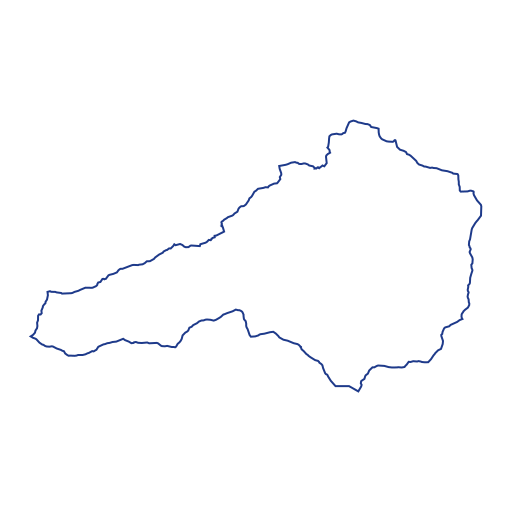 Poiana Teiului, Neamt, Romania (Robinson projection)
{"feature_id": "2599482B87043149712701", "entity_name": "Poiana Teiului", "entity_type": "district", "adm_level": 2, "iso_a3": "ROU", "parent_name": "Romania", "parent_adm1": "Neamt", "projection": "robinson", "projection_center": [25.888, 47.126], "detail": "fine", "context": "isolated", "style": "outline", "palette": "blue", "viewbox_px": 512, "rotation_deg": 0, "n_neighbors": 0, "source": "geoboundaries", "source_scale": "gbopen_adm2", "svg_char_len": 6041}
<svg xmlns="http://www.w3.org/2000/svg" viewBox="0 0 512 512"><path d="M358.3,391.4L361.0,386.8L361.4,385.8L361.6,384.8L360.8,383.4L361.1,381.4L361.4,380.9L364.4,378.9L365.2,376.2L365.7,375.3L367.9,373.6L369.2,370.5L372.5,367.3L374.4,367.3L376.7,366.0L378.1,365.5L384.3,365.9L388.7,367.1L392.1,367.5L397.2,367.4L398.1,367.2L401.7,367.5L404.5,367.0L405.6,365.6L406.6,364.7L408.7,361.8L410.5,362.0L413.2,361.2L417.1,361.5L418.5,361.1L420.6,361.5L421.9,362.0L425.0,362.3L428.2,362.2L431.0,359.2L433.5,355.4L434.8,353.9L435.2,353.2L438.1,350.3L441.0,348.9L442.7,344.0L443.0,341.0L441.3,335.9L441.3,334.8L442.2,334.0L442.6,331.8L444.1,328.4L445.2,327.4L449.2,326.3L450.6,324.9L457.2,321.9L459.6,320.1L462.4,319.0L461.9,318.2L461.5,316.7L461.6,314.6L462.0,313.6L463.1,312.1L463.4,311.4L465.0,309.8L467.9,307.6L469.2,305.1L469.3,303.5L468.8,302.2L468.6,299.3L467.9,297.9L467.6,296.6L468.0,294.3L468.6,292.7L468.6,292.2L467.9,291.0L467.7,289.9L468.3,286.8L468.1,285.4L469.4,284.1L469.9,283.0L470.2,277.8L471.3,273.9L472.4,270.6L472.3,269.6L471.6,268.0L471.3,264.8L472.4,263.3L472.7,259.3L472.3,257.4L470.0,253.3L469.6,252.0L470.7,249.2L470.5,248.4L469.7,247.4L469.5,246.2L468.9,245.0L469.2,241.3L470.0,239.5L471.7,229.6L472.2,228.1L475.3,223.0L476.8,221.1L477.5,220.4L481.0,215.7L481.3,206.3L480.9,204.8L477.0,200.4L474.0,195.2L473.5,193.5L473.7,191.9L473.4,191.4L471.1,190.7L469.9,190.7L467.6,191.4L460.7,191.6L459.8,190.5L459.7,186.9L458.8,184.4L458.8,181.8L458.4,179.2L458.3,175.6L457.8,174.3L457.3,174.0L453.2,173.6L452.3,172.8L447.5,171.2L441.9,170.3L436.6,168.2L433.6,168.0L432.1,167.6L430.1,167.9L425.7,166.6L424.1,166.5L422.5,165.6L419.0,164.5L417.3,162.9L416.2,160.9L410.6,155.7L409.0,154.7L407.0,154.1L406.2,152.4L405.9,152.0L403.6,150.8L400.0,149.7L397.1,146.9L395.5,140.4L395.3,140.2L394.6,140.2L393.6,141.4L392.8,141.8L388.7,141.6L386.6,141.3L382.2,139.3L381.2,138.5L379.7,136.4L379.1,134.7L378.7,132.4L378.6,128.7L376.9,128.1L371.2,127.0L369.8,125.0L367.5,124.1L365.4,124.0L361.2,122.9L358.2,122.4L356.0,121.3L353.4,120.6L350.6,121.5L349.1,122.4L346.5,128.3L345.6,131.5L344.9,132.8L343.3,133.1L342.1,134.1L341.3,134.4L339.0,134.3L336.7,133.7L332.0,134.4L330.8,135.0L329.4,136.3L329.1,138.4L328.8,142.7L328.1,146.8L327.4,147.6L329.2,149.6L329.5,150.1L329.7,151.8L330.1,152.7L327.7,154.1L326.3,155.5L326.0,156.8L326.7,163.1L324.3,166.3L322.5,165.5L322.2,165.8L319.6,167.8L318.7,167.5L318.7,168.0L317.4,167.5L316.3,168.5L315.4,168.2L315.0,168.6L314.5,168.6L314.6,167.9L313.0,166.3L309.2,165.5L307.8,164.4L305.3,163.5L303.9,163.4L301.5,164.0L299.9,164.0L298.9,163.8L297.7,162.8L296.5,162.7L295.0,162.1L291.1,162.7L287.7,164.2L285.7,164.8L279.2,166.0L279.7,168.9L281.2,173.1L281.3,174.8L279.8,177.1L280.3,179.1L277.6,182.7L277.0,183.3L274.1,183.6L269.8,185.5L268.7,186.3L268.0,187.4L265.5,187.2L263.4,187.9L258.0,188.8L255.9,190.8L254.4,191.7L252.1,195.8L251.2,197.0L249.4,198.4L248.7,200.4L245.9,204.5L244.1,205.9L243.1,206.2L241.5,206.2L240.7,206.5L239.3,207.7L238.5,208.8L237.4,211.7L234.5,213.5L233.2,215.0L232.3,215.6L227.9,217.2L226.7,218.2L224.1,219.7L223.2,220.7L221.7,221.7L221.5,222.0L221.4,222.6L221.9,223.9L221.6,224.7L222.2,225.5L222.2,225.8L221.6,226.1L222.8,227.1L224.1,231.6L216.4,235.5L214.6,235.8L214.7,237.3L212.6,237.9L212.1,238.6L211.5,238.7L211.1,239.8L210.7,240.2L208.8,239.9L207.0,241.8L205.6,242.7L200.4,244.2L199.8,246.1L191.4,245.5L190.4,245.7L188.5,247.1L185.8,247.2L184.3,246.7L182.4,245.0L180.1,244.0L175.6,245.2L174.3,244.3L173.3,245.9L170.7,248.5L169.1,248.4L167.0,250.0L166.2,250.1L163.6,251.5L162.8,252.7L159.2,254.5L155.1,257.5L154.0,258.9L149.9,261.2L146.8,261.3L144.8,263.1L142.6,264.3L139.1,264.7L138.1,265.1L133.8,264.9L132.2,265.1L122.5,268.8L120.6,268.8L119.9,269.1L118.5,270.2L116.9,272.4L113.3,273.9L109.6,274.8L108.5,275.3L105.8,278.9L104.7,279.0L104.3,279.3L103.3,278.8L102.4,279.0L100.4,282.0L98.2,282.5L97.4,283.9L97.3,284.8L96.6,285.7L95.6,286.4L94.3,286.9L93.4,287.4L92.1,287.8L85.4,287.7L80.1,289.9L78.4,290.8L74.5,291.9L72.5,292.9L71.2,293.2L62.0,293.6L61.2,293.0L56.6,292.4L55.3,291.9L51.2,291.8L50.0,291.2L47.5,291.9L47.9,295.2L47.0,299.6L45.6,301.7L45.4,303.3L44.1,304.5L42.9,306.2L42.8,307.3L41.4,310.7L41.7,313.2L40.6,314.5L39.0,314.4L38.1,315.8L38.0,320.3L37.1,322.7L37.4,326.0L37.0,328.3L35.5,330.5L35.0,332.6L34.8,332.9L33.0,334.9L30.7,336.4L33.0,337.8L35.0,338.5L36.3,339.2L39.4,342.6L42.3,344.6L43.4,344.8L45.1,346.0L46.7,346.5L49.5,346.7L51.7,346.3L52.9,346.5L56.7,348.5L60.9,349.9L62.4,350.8L63.9,351.2L65.2,353.5L67.5,355.2L68.9,355.8L69.7,355.6L74.6,355.8L76.4,355.6L78.1,355.0L82.6,355.0L85.5,354.3L87.5,353.3L88.7,353.0L92.2,351.1L93.5,351.4L94.0,351.2L95.4,350.3L96.4,349.8L98.3,346.8L103.4,344.4L105.0,344.1L107.3,343.2L109.6,342.9L112.5,342.0L116.3,341.6L123.2,338.8L125.0,340.1L128.8,341.6L131.4,343.2L133.6,342.9L134.0,342.3L135.9,342.0L138.1,342.8L141.8,343.0L147.2,342.5L149.2,343.3L156.8,342.9L158.0,343.3L161.0,345.7L161.9,346.1L164.8,346.3L167.2,345.9L171.7,347.0L173.9,347.0L175.1,347.3L176.1,346.6L177.7,343.8L179.4,342.4L180.7,340.8L181.7,338.9L182.6,335.4L185.3,332.6L187.1,331.6L188.2,330.6L189.4,327.7L191.6,326.8L193.2,325.1L197.0,323.2L199.0,321.5L201.5,320.5L203.6,320.4L205.4,319.7L207.0,319.5L210.5,319.8L213.7,320.6L216.0,319.8L219.1,318.0L220.7,317.0L223.4,314.5L224.3,314.3L227.2,313.1L232.6,311.3L235.8,309.6L238.0,310.2L239.4,310.2L241.0,310.9L242.2,311.8L242.9,313.1L243.6,314.9L243.5,315.7L243.9,318.8L244.2,319.5L245.7,321.2L246.2,323.7L246.2,325.9L246.6,327.4L247.6,329.1L249.6,335.0L250.9,336.7L255.2,336.4L258.4,335.4L259.4,334.6L260.5,334.2L264.3,333.7L270.1,332.2L273.3,331.8L275.9,333.6L278.4,336.1L279.3,337.4L283.4,339.7L287.7,340.7L293.7,343.2L297.5,344.1L298.7,344.8L300.6,346.7L300.8,346.8L300.6,347.2L301.1,347.8L301.6,349.3L303.7,351.1L306.4,354.1L307.7,354.9L308.6,355.9L310.6,357.3L315.1,360.1L318.0,360.9L319.0,361.8L319.3,362.6L321.4,364.1L322.4,365.3L323.1,368.1L325.2,373.3L325.9,374.1L326.9,374.5L327.5,375.1L328.1,376.5L330.8,380.8L335.5,386.1L349.0,386.1L358.3,391.4Z" fill="none" stroke="#1e3a8a" stroke-width="2"/></svg>